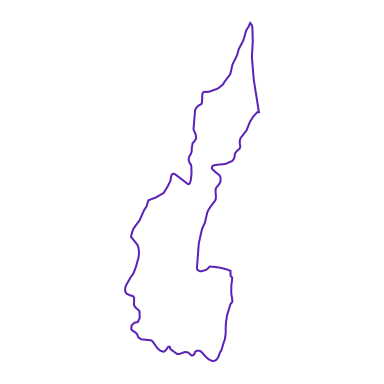 San Francisco Zapotitlán, Suchitepéquez, Guatemala (Natural Earth projection)
{"feature_id": "79465075B91697613076803", "entity_name": "San Francisco Zapotitlán", "entity_type": "district", "adm_level": 2, "iso_a3": "GTM", "parent_name": "Guatemala", "parent_adm1": "Suchitepéquez", "projection": "natural_earth1", "projection_center": [-91.517, 14.633], "detail": "fine", "context": "isolated", "style": "outline", "palette": "violet", "viewbox_px": 384, "rotation_deg": 0, "n_neighbors": 0, "source": "geoboundaries", "source_scale": "gbopen_adm2", "svg_char_len": 2768}
<svg xmlns="http://www.w3.org/2000/svg" viewBox="0 0 384 384"><path d="M170.5,349.2L177.0,353.9L179.2,354.1L184.8,352.0L188.1,352.4L191.5,355.5L193.1,355.3L194.5,353.9L194.9,352.1L196.0,351.1L197.2,350.7L199.9,350.8L202.3,352.7L203.8,354.6L206.5,357.4L208.8,359.4L211.3,360.6L212.7,361.0L214.8,360.7L216.2,359.9L217.5,358.3L218.3,357.0L218.9,355.3L219.8,353.0L220.4,351.6L221.2,350.8L224.0,341.6L224.9,339.2L225.7,332.9L225.7,327.5L226.0,322.5L227.0,315.4L230.5,304.0L232.3,301.9L232.3,300.1L232.0,298.1L231.8,296.6L231.5,294.9L231.3,293.8L231.2,291.5L231.3,289.4L231.3,287.5L231.3,285.9L231.5,284.0L232.0,280.6L232.2,277.5L230.6,276.0L230.5,270.9L227.1,269.5L219.8,267.6L217.9,267.4L213.7,266.8L209.6,266.6L208.3,268.1L206.0,269.9L201.3,271.3L199.7,271.2L198.7,270.6L197.4,269.8L196.9,268.3L198.8,243.4L200.0,237.9L202.0,229.2L204.9,222.6L207.2,212.7L208.5,209.7L210.9,206.2L215.2,200.5L215.8,198.8L215.9,195.9L215.6,193.0L215.6,190.9L215.6,189.3L216.0,188.2L217.0,186.7L218.5,185.0L219.5,183.6L220.0,182.5L220.5,181.0L220.6,179.5L220.5,177.6L219.8,175.7L219.1,174.9L217.1,173.4L215.0,171.7L213.7,170.4L212.1,169.0L211.8,167.8L212.7,165.8L214.4,165.2L218.4,164.6L223.8,164.2L226.3,163.6L230.5,161.7L231.7,161.3L232.5,160.6L233.4,159.6L234.0,158.5L234.6,156.5L234.9,153.8L235.5,152.8L237.0,150.9L239.7,148.6L240.3,146.7L239.9,144.3L239.7,142.1L239.9,140.6L240.4,138.3L241.3,137.1L246.4,130.6L249.9,121.9L253.3,116.5L257.3,112.2L258.9,112.2L253.8,80.0L251.9,57.1L252.8,41.5L252.4,27.8L252.0,25.4L250.2,23.0L248.3,27.2L246.3,30.1L243.3,40.5L238.7,49.2L237.3,54.4L235.9,57.7L232.5,64.5L230.2,74.4L228.8,76.1L224.5,81.8L223.0,84.4L217.8,88.6L209.2,91.7L205.8,92.0L204.6,91.7L203.4,92.2L202.4,93.6L202.0,102.3L201.6,103.8L200.5,104.5L198.2,105.8L196.4,107.7L195.1,110.0L193.5,129.3L195.8,134.9L196.1,138.4L194.5,141.2L192.6,143.2L191.9,147.2L191.6,151.8L190.6,154.4L189.5,155.9L188.9,158.1L188.7,160.1L189.6,162.9L190.9,164.6L191.4,167.0L191.5,173.5L190.9,179.4L190.2,182.3L189.6,183.7L188.1,184.2L175.4,174.5L174.1,173.8L172.9,173.8L171.9,174.4L171.2,176.3L170.4,180.9L167.4,186.9L163.6,193.0L155.8,197.5L148.4,200.3L146.4,206.7L144.2,209.9L139.5,220.5L136.0,225.1L133.5,228.7L132.1,232.2L131.0,236.9L132.1,238.2L135.2,242.0L137.5,245.0L138.5,248.0L138.9,251.4L138.9,255.2L138.4,258.1L137.1,262.6L135.9,266.9L133.5,273.3L130.5,277.5L125.8,285.8L125.3,287.9L125.1,289.3L125.2,291.0L125.8,292.6L126.7,293.7L128.3,294.5L130.0,295.3L133.1,296.2L134.1,297.6L134.0,304.8L134.9,306.9L139.5,311.1L139.7,318.0L137.7,322.1L134.5,322.7L131.6,325.4L131.2,329.1L132.7,330.8L135.0,332.1L137.0,334.1L138.4,337.4L141.2,339.3L151.0,340.3L152.4,341.2L157.4,348.2L160.3,350.7L163.6,351.8L165.5,350.6L168.2,346.8L169.7,346.7L170.5,349.2Z" fill="none" stroke="#5b21b6" stroke-width="2"/></svg>